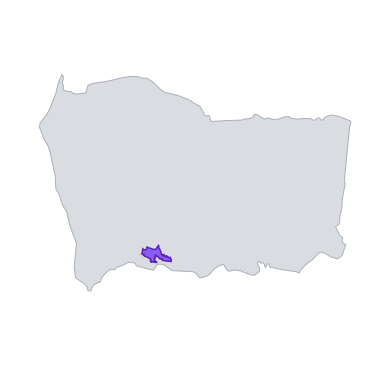 location of Biakoye, Volta, Ghana, rotated 96°
{"feature_id": "2480657B27736636353654", "entity_name": "Biakoye", "entity_type": "district", "adm_level": 2, "iso_a3": "GHA", "parent_name": "Ghana", "parent_adm1": "Volta", "projection": "orthographic", "projection_center": [0.354, 7.392], "detail": "fine", "context": "in_parent", "style": "filled", "palette": "violet", "viewbox_px": 384, "rotation_deg": 96, "n_neighbors": 0, "source": "geoboundaries", "source_scale": "gbopen_adm2", "svg_char_len": 5835}
<svg xmlns="http://www.w3.org/2000/svg" viewBox="0 0 384 384"><g transform="rotate(96 192 192)"><path d="M239.4,36.1L242.5,39.1L243.2,40.8L242.1,47.2L239.8,51.7L238.3,55.9L238.5,58.0L239.9,60.1L244.6,63.4L247.1,65.6L249.9,68.8L253.2,72.0L258.9,76.1L261.3,76.9L261.2,78.0L260.4,79.6L259.8,95.0L259.4,99.0L259.0,101.0L258.5,106.8L257.9,107.6L256.8,107.5L255.8,107.8L255.6,108.9L256.0,110.1L259.4,110.9L258.7,111.8L256.1,112.6L254.9,114.3L255.5,116.3L254.1,117.9L254.5,118.9L255.4,119.7L256.8,119.4L260.8,116.8L262.5,116.5L264.5,117.0L268.3,121.1L268.5,123.1L267.0,129.9L265.4,135.1L265.2,142.1L266.8,146.0L266.6,148.2L264.8,150.1L260.9,152.8L261.2,154.6L263.0,158.0L266.3,161.9L272.8,166.6L276.2,172.8L276.3,175.3L274.3,177.8L272.0,180.0L271.2,183.1L272.3,203.8L267.1,212.8L267.1,215.4L267.6,218.4L269.0,220.2L271.6,220.7L273.8,222.4L273.0,228.7L271.9,235.1L271.7,238.2L271.0,239.7L269.0,240.9L268.3,242.9L268.8,245.5L268.4,247.3L269.5,249.7L271.8,252.7L275.6,260.1L277.1,260.7L277.7,262.2L277.3,263.8L278.8,267.0L283.0,270.3L287.4,273.2L291.0,273.6L291.9,276.1L294.2,279.4L295.9,280.8L298.7,281.7L300.9,282.2L301.0,285.0L297.0,286.9L294.3,289.7L292.2,294.1L289.3,298.8L279.4,301.3L275.6,301.4L255.3,301.5L236.3,310.8L225.3,314.2L218.5,319.4L209.5,323.2L203.1,327.7L190.0,329.8L168.4,336.9L161.6,339.7L154.8,344.7L143.7,350.4L139.3,350.3L130.6,344.8L124.1,342.1L108.1,337.8L96.2,336.1L90.5,334.2L88.9,333.9L90.3,332.0L93.6,331.9L97.1,332.5L99.7,331.0L103.6,330.8L104.6,329.3L105.0,325.4L104.9,322.2L106.3,320.8L106.7,317.0L104.8,308.7L103.5,307.8L96.5,306.5L96.0,304.9L94.8,303.1L93.5,298.8L92.0,292.5L89.6,284.6L85.0,271.5L83.9,266.9L83.1,262.2L83.0,256.6L84.0,254.5L83.9,251.6L83.5,248.8L86.8,242.2L93.3,234.1L94.7,231.2L95.9,229.2L96.1,226.2L97.3,216.8L100.4,205.4L102.4,201.1L103.7,198.8L105.3,195.0L105.8,193.2L111.7,188.8L114.4,187.6L115.1,185.8L114.1,183.9L114.6,182.6L116.0,181.9L118.2,181.4L119.8,179.6L117.4,165.5L115.5,151.4L115.4,150.2L114.2,148.3L113.0,142.5L111.1,139.1L108.3,138.1L108.3,134.9L111.2,129.5L111.9,126.3L110.6,125.4L110.4,122.9L111.4,118.9L111.0,116.5L110.5,113.9L107.6,107.7L107.0,103.4L108.5,100.8L108.5,95.3L107.0,86.7L106.8,81.2L107.9,79.0L107.4,76.8L105.3,74.8L105.2,72.8L107.0,70.9L106.8,69.4L104.5,68.3L102.6,65.6L100.8,61.4L101.3,54.7L104.7,42.4L105.2,41.4L108.9,41.5L109.0,42.0L120.7,42.0L134.2,41.9L150.3,41.8L164.9,41.7L165.6,41.2L168.0,40.5L182.8,41.8L192.0,41.2L196.0,41.7L198.8,42.5L205.2,42.0L208.6,42.3L211.2,45.4L212.2,45.4L213.7,44.1L216.2,42.6L218.8,41.4L220.7,39.0L221.8,37.2L223.5,37.6L225.9,37.5L227.5,35.9L228.2,33.6L239.4,36.1Z" fill="#d9dde1" stroke="#a8b0b8" stroke-width="1"/><path d="M263.3,205.8L263.2,205.8L263.2,205.6L262.9,205.7L262.7,205.6L262.3,205.5L262.1,205.5L261.8,205.7L261.6,205.8L261.4,205.9L261.2,205.9L261.1,206.0L261.0,205.9L261.1,205.7L261.0,205.8L260.9,205.8L260.8,206.0L260.8,206.3L260.7,206.3L260.3,206.4L260.3,206.5L260.2,206.7L260.0,206.8L259.9,206.8L260.0,206.9L259.9,207.1L259.9,207.4L259.7,207.4L259.6,207.5L259.8,207.7L259.8,207.8L259.6,207.9L259.6,208.0L259.4,208.4L259.5,208.6L259.4,208.7L259.3,208.8L259.3,209.0L259.2,209.0L258.9,209.2L258.9,209.3L258.9,209.5L258.8,209.8L258.7,209.9L258.8,209.9L258.8,210.0L259.0,210.1L259.1,210.3L258.9,210.5L258.7,210.6L258.4,210.6L258.3,210.8L258.5,211.0L258.5,210.9L258.5,211.0L258.4,211.1L258.6,211.3L258.8,211.5L258.7,211.5L258.4,211.8L258.4,212.0L258.5,212.1L258.6,212.3L258.6,212.5L258.6,212.8L258.4,213.0L258.2,213.2L258.0,213.4L258.0,213.2L257.8,213.2L257.7,213.2L257.5,213.3L257.8,213.4L257.8,213.5L257.7,213.5L257.9,213.6L257.8,213.8L257.9,214.0L257.7,213.9L257.6,214.1L257.8,214.2L257.7,214.3L257.8,214.4L257.8,214.5L257.6,214.6L257.6,214.8L257.4,214.8L257.4,215.0L257.3,215.3L257.5,215.3L257.3,215.4L257.3,215.5L257.5,215.7L257.4,215.8L257.2,215.8L256.3,216.0L255.9,216.3L255.5,216.6L255.2,216.8L254.8,216.9L254.5,216.8L253.8,217.3L252.2,218.1L251.5,218.5L251.4,219.0L250.9,219.3L250.2,219.4L249.7,219.4L249.2,219.3L248.7,219.8L249.3,220.0L250.0,220.6L251.0,221.1L251.4,221.0L252.3,221.7L252.8,222.5L253.1,224.6L252.6,226.3L252.0,229.1L251.5,230.3L251.5,231.0L253.2,231.3L254.1,231.6L254.5,232.6L254.5,233.1L254.5,233.6L254.2,234.1L253.9,234.6L253.6,235.0L258.1,235.2L258.7,235.5L258.7,235.4L258.7,235.2L258.8,235.0L258.8,234.9L258.9,234.7L259.0,234.7L259.1,234.3L259.3,234.2L259.2,233.8L259.1,233.7L259.2,233.4L259.3,233.6L259.8,233.6L260.1,233.4L260.4,232.7L260.5,232.7L260.7,232.3L260.8,232.3L261.8,228.7L263.0,226.7L263.5,226.0L264.0,225.8L264.1,226.0L264.3,226.2L264.5,226.2L264.4,226.0L264.5,225.9L264.8,225.8L264.7,225.7L264.7,225.4L264.6,225.2L264.7,225.3L264.9,225.3L265.0,225.3L265.1,225.5L265.4,225.6L265.5,225.5L265.9,225.5L266.1,225.4L265.8,224.5L265.5,223.7L265.6,223.4L265.8,223.1L265.8,222.8L265.8,222.7L265.7,222.2L265.7,221.9L265.8,221.3L265.7,220.1L265.7,219.8L265.0,220.2L264.3,221.3L264.3,221.5L264.4,221.8L264.4,222.0L262.6,222.3L262.6,222.2L262.4,222.2L262.2,222.1L261.9,221.9L261.8,221.7L261.7,221.7L261.5,221.8L261.5,221.7L261.4,221.7L261.2,221.7L261.0,221.8L260.9,221.7L260.8,221.8L260.8,222.0L260.7,222.0L260.6,221.9L260.3,221.9L260.3,222.0L260.2,222.0L259.8,222.0L259.8,221.9L258.7,221.9L258.7,221.7L258.6,221.4L258.6,221.2L258.8,221.2L259.0,221.1L259.0,220.9L259.2,220.7L259.3,220.6L259.5,220.5L259.5,220.4L259.6,220.2L259.6,219.9L259.6,219.7L259.6,219.4L259.5,219.2L259.7,218.9L259.8,218.8L260.0,218.7L260.3,218.7L260.5,218.5L260.8,218.5L260.9,218.2L261.2,217.6L261.4,216.9L261.6,216.9L261.5,216.7L261.7,216.4L261.8,216.4L261.8,216.1L261.7,216.0L261.7,215.9L261.8,215.8L261.7,215.8L261.7,215.7L261.7,215.4L261.6,215.2L261.8,215.0L261.8,214.9L261.7,214.7L262.0,214.5L262.3,214.5L262.6,214.3L262.7,214.2L262.9,213.9L263.2,213.6L263.3,211.8L263.3,210.1L263.4,209.8L263.4,209.5L263.3,208.8L263.3,207.3L263.3,205.8Z" fill="#8b5cf6" stroke="#5b21b6" stroke-width="1.5"/></g></svg>